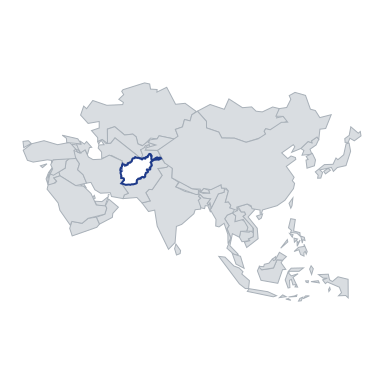 Afghanistan highlighted on a map of Asia
{"feature_id": "AFG", "entity_name": "Afghanistan", "entity_type": "country or territory", "adm_level": 0, "iso_a3": "AFG", "parent_name": "Asia", "parent_adm1": "", "projection": "mercator", "projection_center": [67.565, 33.924], "detail": "fine", "context": "in_parent", "style": "outline", "palette": "blue", "viewbox_px": 384, "rotation_deg": 0, "n_neighbors": 45, "source": "natural_earth", "source_scale": "50m", "svg_char_len": 16900}
<svg xmlns="http://www.w3.org/2000/svg" viewBox="0 0 384 384"><path d="M196.3,111.5L191.8,114.8L190.1,120.9L184.5,119.5L182.5,126.9L175.4,129.4L178.0,136.2L176.2,139.4L159.1,135.8L157.1,138.9L150.6,138.1L143.3,145.8L137.9,143.9L136.2,136.9L132.8,134.1L124.6,135.0L114.7,126.7L107.4,129.1L107.5,143.4L102.2,139.5L97.7,141.6L97.7,137.7L91.5,130.6L99.2,128.0L99.2,121.5L88.1,123.4L80.6,115.1L83.7,106.1L86.6,108.7L92.8,100.5L106.8,105.3L122.7,104.6L123.4,102.4L118.8,99.3L123.7,94.6L121.7,91.3L123.0,89.7L144.6,82.9L149.7,84.0L150.5,89.1L157.1,89.5L156.9,92.1L166.7,87.3L175.6,104.3L185.1,103.3L196.3,111.5Z" fill="#d9dde1" stroke="#a8b0b8" stroke-width="1"/><path d="M107.5,143.4L107.4,129.1L114.7,126.7L124.6,135.0L132.8,134.1L136.2,136.9L137.9,143.9L142.3,145.8L149.9,139.8L148.4,142.6L155.9,145.0L152.2,147.7L148.9,147.5L149.1,144.7L145.3,145.6L143.1,150.0L140.7,149.8L142.7,155.0L141.1,158.6L115.0,137.9L110.7,143.3L107.5,143.4Z" fill="#d9dde1" stroke="#a8b0b8" stroke-width="1"/><path d="M348.1,279.3L348.2,297.9L345.7,295.5L338.5,295.8L341.5,292.7L339.4,287.2L327.3,282.0L325.4,283.6L322.6,279.9L327.4,278.2L323.3,278.2L318.5,274.6L328.3,274.2L329.5,279.8L332.4,281.5L338.0,276.8L348.1,279.3ZM302.7,297.2L301.2,300.8L298.5,301.1L299.9,298.4L302.7,297.2ZM328.9,291.5L328.6,289.4L329.7,287.4L330.3,289.6L328.9,291.5ZM282.7,260.2L281.1,262.8L285.8,269.4L282.5,269.7L277.8,283.3L261.0,280.3L257.4,270.8L259.4,266.3L261.8,269.8L271.2,268.5L273.5,267.9L277.0,259.8L282.7,260.2ZM311.0,281.6L318.3,280.7L319.3,282.9L311.0,281.6ZM308.1,282.7L306.2,282.2L305.6,280.9L308.5,280.8L308.1,282.7ZM311.1,265.8L313.3,268.7L311.6,274.5L309.6,269.1L311.1,265.8ZM291.2,268.2L303.5,267.9L299.1,271.3L289.2,271.3L288.8,273.4L291.3,275.9L298.1,273.7L293.0,277.3L297.6,287.1L295.0,286.9L296.4,284.6L292.9,284.9L291.4,279.4L289.5,280.3L289.9,287.6L288.1,288.0L285.2,279.9L288.2,271.5L291.2,268.2ZM290.9,300.3L285.8,299.1L288.4,298.6L290.9,300.3ZM288.5,297.0L294.4,296.0L296.9,294.9L296.5,296.5L288.5,297.0ZM282.7,294.9L286.2,296.7L279.5,297.6L282.7,294.9ZM249.2,288.7L267.8,291.7L276.5,295.7L273.3,296.8L247.3,291.4L249.2,288.7ZM241.8,274.0L249.4,280.6L248.6,288.5L245.4,288.6L239.4,283.9L218.8,256.4L225.0,257.1L233.9,266.0L239.2,268.0L243.0,271.7L241.8,274.0Z" fill="#d9dde1" stroke="#a8b0b8" stroke-width="1"/><path d="M303.1,298.7L305.5,295.9L309.4,295.8L303.1,298.7Z" fill="#d9dde1" stroke="#a8b0b8" stroke-width="1"/><path d="M50.5,172.0L48.1,176.7L48.0,184.5L46.1,178.9L48.5,172.7L50.5,172.0Z" fill="#d9dde1" stroke="#a8b0b8" stroke-width="1"/><path d="M52.7,168.9L48.5,172.6L52.3,167.5L52.7,168.9Z" fill="#d9dde1" stroke="#a8b0b8" stroke-width="1"/><path d="M49.7,175.0L48.0,178.4L48.7,174.5L49.7,175.0Z" fill="#d9dde1" stroke="#a8b0b8" stroke-width="1"/><path d="M49.7,175.0L58.9,171.7L60.0,175.8L53.8,177.9L56.7,181.2L51.2,185.5L48.0,184.5L49.7,175.0Z" fill="#d9dde1" stroke="#a8b0b8" stroke-width="1"/><path d="M95.1,201.2L102.0,201.6L108.3,196.6L104.8,206.6L96.3,205.0L95.1,201.2Z" fill="#d9dde1" stroke="#a8b0b8" stroke-width="1"/><path d="M92.9,199.6L92.7,197.3L94.3,195.4L95.2,198.2L92.9,199.6Z" fill="#d9dde1" stroke="#a8b0b8" stroke-width="1"/><path d="M83.0,182.7L86.1,187.6L80.9,185.8L83.0,182.7Z" fill="#d9dde1" stroke="#a8b0b8" stroke-width="1"/><path d="M60.0,175.8L58.9,171.7L65.2,168.1L66.0,161.4L70.2,157.8L75.8,158.5L79.5,163.8L77.6,169.7L83.1,174.7L86.6,183.1L75.6,185.6L60.0,175.8Z" fill="#d9dde1" stroke="#a8b0b8" stroke-width="1"/><path d="M105.4,205.9L108.7,199.1L118.4,207.2L112.8,213.4L112.4,217.3L99.4,224.2L96.3,217.2L104.8,214.2L106.7,208.1L105.4,205.9ZM109.0,194.7L107.8,195.5L108.6,194.5L109.0,194.7Z" fill="#d9dde1" stroke="#a8b0b8" stroke-width="1"/><path d="M239.4,237.2L240.6,231.3L249.2,232.3L250.5,230.3L253.6,233.3L253.3,236.8L248.5,239.0L249.8,240.7L242.0,241.7L239.4,237.2Z" fill="#d9dde1" stroke="#a8b0b8" stroke-width="1"/><path d="M246.9,231.1L240.6,231.3L239.4,237.2L232.4,233.7L229.9,245.7L238.2,254.3L235.4,255.8L226.9,248.2L230.9,238.1L227.0,228.7L229.0,225.6L224.7,218.8L227.2,215.1L232.4,212.9L235.7,215.8L235.1,221.6L241.1,219.2L245.4,221.9L247.9,227.3L246.9,231.1Z" fill="#d9dde1" stroke="#a8b0b8" stroke-width="1"/><path d="M253.0,231.3L246.9,231.1L247.9,227.3L243.3,219.4L235.1,221.6L235.7,215.8L232.4,212.9L237.2,210.6L236.8,207.1L241.2,211.9L244.6,211.9L245.7,214.5L243.1,216.4L252.8,226.3L253.0,231.3Z" fill="#d9dde1" stroke="#a8b0b8" stroke-width="1"/><path d="M232.4,212.9L227.2,215.1L224.7,218.8L229.0,225.6L227.0,228.7L230.9,238.1L228.0,243.7L227.9,234.5L224.1,223.3L219.0,226.9L215.7,226.0L216.0,219.5L210.3,209.7L218.3,193.9L224.0,192.3L224.5,188.5L228.4,190.9L225.3,202.3L228.3,201.8L230.8,205.2L229.9,207.8L235.3,208.6L232.4,212.9Z" fill="#d9dde1" stroke="#a8b0b8" stroke-width="1"/><path d="M244.4,242.1L249.8,240.7L248.5,239.0L253.3,236.8L253.5,228.4L243.1,216.4L245.7,214.5L244.6,211.9L241.2,211.9L238.2,206.7L247.2,204.0L254.9,209.5L248.1,217.0L257.2,228.2L258.1,238.7L246.7,247.5L244.4,242.1Z" fill="#d9dde1" stroke="#a8b0b8" stroke-width="1"/><path d="M318.8,139.3L316.1,145.0L310.0,149.2L311.9,154.2L302.0,155.2L303.9,150.5L300.8,148.5L303.1,146.2L308.1,141.5L311.9,142.8L311.5,140.8L317.0,137.0L318.8,139.3Z" fill="#d9dde1" stroke="#a8b0b8" stroke-width="1"/><path d="M306.2,156.4L312.3,153.3L315.5,159.9L314.4,165.8L307.0,168.2L306.0,160.1L308.1,159.5L306.2,156.4Z" fill="#d9dde1" stroke="#a8b0b8" stroke-width="1"/><path d="M197.4,111.2L210.1,104.5L224.3,109.3L228.9,98.9L242.5,107.7L251.6,106.9L256.1,111.2L262.3,111.9L272.7,107.0L279.3,108.6L276.6,117.9L283.2,116.4L288.0,120.7L270.2,129.8L265.7,128.7L264.2,131.2L265.6,134.0L261.6,137.4L246.1,142.3L234.5,138.2L221.8,138.0L218.8,132.1L206.5,127.9L206.5,121.4L197.4,111.2Z" fill="#d9dde1" stroke="#a8b0b8" stroke-width="1"/><path d="M224.5,188.5L224.0,192.3L218.3,193.9L211.4,208.0L209.9,203.1L208.6,205.1L207.1,203.5L210.5,198.9L203.6,198.0L199.7,194.3L198.7,196.5L200.8,198.1L198.4,200.4L200.1,201.2L200.7,209.1L195.2,209.7L193.9,213.7L181.7,224.4L176.4,226.4L175.1,242.5L168.5,249.3L157.2,226.1L154.7,210.1L148.5,211.5L142.0,202.9L150.2,200.9L145.8,192.7L149.0,189.4L152.2,189.6L162.1,175.4L157.8,168.5L166.7,167.3L169.4,164.4L172.4,168.4L171.9,177.9L178.6,182.3L175.8,186.8L184.9,191.4L198.3,194.4L200.2,189.1L200.5,192.2L203.1,193.4L209.6,193.1L208.6,190.1L221.1,184.7L221.5,188.0L224.5,188.5Z" fill="#d9dde1" stroke="#a8b0b8" stroke-width="1"/><path d="M209.9,203.1L210.5,212.2L207.8,205.8L205.2,205.7L204.6,208.6L201.1,207.9L198.4,200.4L200.8,198.1L198.7,196.5L199.7,194.3L203.6,198.0L210.5,198.9L207.1,203.5L208.6,205.1L209.9,203.1Z" fill="#d9dde1" stroke="#a8b0b8" stroke-width="1"/><path d="M208.6,190.1L209.6,193.1L200.5,192.2L203.8,188.4L208.6,190.1Z" fill="#d9dde1" stroke="#a8b0b8" stroke-width="1"/><path d="M198.5,189.8L198.3,194.4L196.0,194.5L175.8,186.8L179.8,181.5L192.0,188.7L198.5,189.8Z" fill="#d9dde1" stroke="#a8b0b8" stroke-width="1"/><path d="M169.4,164.4L166.7,167.3L157.8,168.5L162.1,175.4L152.2,189.6L149.0,189.4L145.8,192.7L150.2,200.9L142.0,202.9L136.9,197.5L123.1,198.6L124.2,195.0L128.3,193.3L121.4,183.5L126.1,185.1L136.9,183.3L138.5,178.6L145.3,176.6L152.4,160.8L161.8,158.6L164.7,163.0L169.4,164.4Z" fill="#d9dde1" stroke="#a8b0b8" stroke-width="1"/><path d="M141.1,158.6L142.7,155.0L140.7,149.8L149.1,144.7L150.1,147.4L145.7,150.0L157.6,150.4L161.3,157.6L152.4,160.0L149.5,153.8L144.9,158.6L141.1,158.6Z" fill="#d9dde1" stroke="#a8b0b8" stroke-width="1"/><path d="M149.9,139.8L157.1,138.9L159.1,135.8L176.2,139.4L157.6,150.4L145.7,150.0L146.0,147.9L155.9,145.0L148.4,142.6L149.9,139.8Z" fill="#d9dde1" stroke="#a8b0b8" stroke-width="1"/><path d="M97.7,141.6L102.2,139.5L106.1,143.6L110.7,143.3L115.0,137.9L137.4,155.6L137.4,157.8L135.2,156.8L125.2,165.2L122.3,163.9L122.1,160.9L111.4,155.4L101.7,158.4L101.6,152.1L98.2,148.1L98.9,145.0L104.0,144.7L101.1,140.3L98.6,144.0L97.7,141.6Z" fill="#d9dde1" stroke="#a8b0b8" stroke-width="1"/><path d="M86.6,183.1L83.1,174.7L77.6,169.7L79.5,163.8L74.3,155.7L73.9,150.4L79.7,152.9L85.1,149.8L88.4,157.0L93.0,159.6L101.4,159.2L109.3,155.1L122.1,160.9L120.4,173.0L124.0,180.5L121.4,183.5L128.3,193.3L124.2,195.0L123.1,198.6L111.5,196.5L110.3,192.7L100.5,193.2L94.9,189.8L90.9,182.4L86.6,183.1Z" fill="#d9dde1" stroke="#a8b0b8" stroke-width="1"/><path d="M50.2,173.9L52.7,168.9L50.7,164.7L53.1,159.8L69.0,158.3L66.0,161.4L65.2,168.1L53.4,175.3L50.2,173.9Z" fill="#d9dde1" stroke="#a8b0b8" stroke-width="1"/><path d="M80.7,152.8L72.7,147.3L72.5,144.2L78.1,145.3L80.7,152.8Z" fill="#d9dde1" stroke="#a8b0b8" stroke-width="1"/><path d="M75.8,158.5L53.1,159.8L51.4,163.3L51.5,160.4L47.4,159.8L33.2,162.1L27.4,160.3L23.2,150.2L31.9,143.7L44.0,140.7L57.6,144.7L69.7,142.4L75.9,149.3L73.9,150.4L75.8,158.5ZM23.0,141.4L28.4,140.7L31.2,143.4L23.7,147.7L23.0,141.4Z" fill="#d9dde1" stroke="#a8b0b8" stroke-width="1"/><path d="M180.6,250.6L180.1,253.6L176.5,255.0L174.6,248.7L175.9,244.0L180.6,250.6Z" fill="#d9dde1" stroke="#a8b0b8" stroke-width="1"/><path d="M258.9,219.6L256.5,216.1L262.6,213.9L261.3,218.1L258.9,219.6ZM157.6,150.4L178.0,136.2L175.4,129.4L182.5,126.9L184.5,119.5L190.1,120.9L191.8,114.8L197.4,111.2L206.5,121.4L206.5,127.9L218.8,132.1L221.8,138.0L234.5,138.2L246.1,142.3L258.2,138.8L265.6,134.0L264.2,131.2L265.7,128.7L270.2,129.8L281.4,122.3L287.7,122.2L283.2,116.4L275.9,116.2L279.3,108.6L286.7,107.5L290.8,99.3L289.2,95.6L295.0,92.4L305.5,95.4L310.4,109.2L315.3,110.5L319.8,117.6L331.2,114.7L325.7,128.5L319.9,129.2L318.8,139.3L317.0,137.0L311.5,140.8L311.9,142.8L308.1,141.5L300.8,148.5L291.7,152.3L294.8,146.7L293.3,144.7L281.7,152.9L287.8,158.6L291.0,156.0L295.4,157.5L295.8,159.4L286.3,166.4L294.1,177.3L292.3,180.7L294.6,183.4L293.5,188.6L284.9,200.3L277.1,205.7L262.6,209.9L261.6,213.1L260.1,213.3L260.0,210.0L252.0,208.7L251.1,205.7L247.2,204.0L236.8,207.1L237.2,210.6L229.9,207.8L230.8,205.2L228.3,201.8L225.3,202.3L228.4,190.9L226.2,188.3L221.5,188.0L221.1,184.7L210.9,189.7L203.8,188.4L200.4,191.6L200.2,189.1L192.0,188.7L171.9,177.9L172.4,168.4L164.7,163.0L157.6,150.4Z" fill="#d9dde1" stroke="#a8b0b8" stroke-width="1"/><path d="M292.9,197.9L292.0,205.7L290.8,208.2L289.0,203.3L292.9,197.9Z" fill="#d9dde1" stroke="#a8b0b8" stroke-width="1"/><path d="M80.4,141.3L84.4,144.0L86.6,141.5L91.7,147.3L89.4,147.6L87.5,154.4L85.1,149.8L80.7,152.8L78.2,148.6L76.4,143.6L80.7,144.3L80.4,141.3ZM79.7,152.9L77.8,152.4L75.9,149.3L78.6,150.2L79.7,152.9Z" fill="#d9dde1" stroke="#a8b0b8" stroke-width="1"/><path d="M62.2,135.2L77.8,138.8L81.1,143.9L66.7,142.5L66.4,138.3L62.2,135.2Z" fill="#d9dde1" stroke="#a8b0b8" stroke-width="1"/><path d="M292.3,237.2L289.6,233.5L293.0,234.6L292.3,237.2ZM297.2,246.3L297.0,241.0L298.1,242.7L300.2,240.0L297.2,246.3ZM304.0,244.2L307.2,251.6L306.2,254.2L305.2,251.3L303.9,252.7L304.0,256.1L300.6,254.5L298.9,249.7L294.1,251.5L298.6,247.3L304.2,246.4L304.0,244.2ZM287.8,241.9L280.7,248.2L287.3,239.6L287.8,241.9ZM295.3,219.5L293.6,231.0L299.9,232.6L300.2,236.2L297.0,233.2L290.5,232.4L291.5,230.4L288.5,227.8L290.7,218.7L295.3,219.5ZM294.4,242.2L294.0,238.1L297.5,239.0L294.4,242.2ZM304.3,237.3L305.0,240.5L302.9,239.7L302.3,243.1L300.8,236.1L304.3,237.3Z" fill="#d9dde1" stroke="#a8b0b8" stroke-width="1"/><path d="M232.3,253.6L240.5,256.3L244.1,268.3L236.0,264.1L232.3,253.6ZM282.7,260.2L277.0,259.8L273.5,267.9L261.8,269.8L259.9,268.2L259.4,266.3L263.7,266.7L264.3,264.3L268.9,263.2L272.3,259.1L275.5,259.7L279.4,252.3L286.4,256.6L282.7,260.2Z" fill="#d9dde1" stroke="#a8b0b8" stroke-width="1"/><path d="M275.8,256.5L275.5,259.7L273.6,260.6L272.3,259.1L275.8,256.5Z" fill="#d9dde1" stroke="#a8b0b8" stroke-width="1"/><path d="M350.6,151.3L346.0,165.6L337.4,167.5L333.4,171.4L331.4,167.5L319.8,169.9L322.6,172.4L320.8,178.1L317.6,178.2L318.2,175.2L315.3,171.9L324.4,164.6L333.0,164.3L336.0,158.0L337.9,159.7L343.7,154.8L346.1,143.8L349.1,143.1L350.6,151.3ZM358.3,133.2L360.3,131.5L361.0,135.9L354.3,140.8L349.8,138.2L348.3,142.3L345.1,142.4L344.8,138.6L349.2,135.4L350.8,126.8L358.3,133.2ZM323.7,171.4L328.0,168.3L330.5,170.2L325.5,173.9L323.7,171.4Z" fill="#d9dde1" stroke="#a8b0b8" stroke-width="1"/><path d="M96.3,217.2L99.4,224.2L96.8,227.3L72.2,235.9L69.7,228.4L71.9,221.4L82.1,223.3L88.1,218.3L96.3,217.2Z" fill="#d9dde1" stroke="#a8b0b8" stroke-width="1"/><path d="M48.1,185.0L55.3,182.9L56.7,181.2L53.8,177.9L60.0,175.8L75.6,185.6L83.4,186.1L91.0,193.5L96.3,205.0L105.4,205.9L106.7,208.1L104.8,214.2L88.1,218.3L82.1,223.3L71.9,221.4L70.2,225.1L59.9,210.3L58.1,202.9L47.1,189.2L48.1,185.0Z" fill="#d9dde1" stroke="#a8b0b8" stroke-width="1"/><path d="M47.0,163.8L42.5,167.6L40.4,165.8L47.0,163.8Z" fill="#d9dde1" stroke="#a8b0b8" stroke-width="1"/><path d="M137.4,157.9L138.2,157.8L138.9,157.9L139.3,158.3L139.6,158.4L140.0,158.2L140.3,158.3L140.7,158.3L140.9,158.4L140.9,158.5L141.1,158.9L141.4,159.2L141.7,159.3L142.1,159.0L142.3,159.1L142.4,158.8L142.6,158.6L143.1,158.5L143.4,158.3L143.4,158.2L143.6,158.2L143.8,158.2L144.0,158.0L144.1,157.9L144.3,158.0L144.5,158.2L144.9,158.6L145.1,158.7L145.4,158.6L145.6,158.4L145.6,158.1L145.5,157.7L145.6,157.4L145.8,157.2L146.1,157.0L146.7,157.0L147.0,157.0L147.3,157.2L147.5,157.2L147.9,156.8L147.9,156.4L147.8,156.0L147.8,155.8L148.1,155.6L148.4,155.3L148.7,154.9L149.0,154.3L149.3,154.0L149.7,153.9L150.2,154.0L150.8,154.4L151.0,154.9L150.8,155.5L150.8,155.8L151.1,155.9L151.4,155.8L151.6,155.8L151.7,156.0L151.6,156.3L151.5,157.0L151.4,157.6L151.3,158.2L151.3,158.7L151.4,159.1L151.5,159.7L151.7,160.1L151.9,160.2L152.1,160.2L152.3,160.2L152.7,159.9L153.3,159.5L153.9,159.2L154.7,159.0L155.0,158.5L155.4,158.2L156.3,157.7L156.8,157.5L157.1,157.4L157.4,157.5L157.5,157.6L157.8,157.8L157.7,157.9L157.5,158.1L157.5,158.3L157.8,158.3L158.4,158.1L158.7,158.0L159.0,157.9L159.3,157.6L159.5,157.6L159.8,157.7L160.0,157.8L160.4,157.7L160.6,157.9L160.9,158.1L161.0,158.3L160.9,158.3L160.7,158.2L160.4,158.2L160.1,158.3L159.6,158.6L159.9,158.9L160.0,159.0L159.7,159.2L159.1,159.5L158.6,159.7L158.3,159.6L157.9,159.5L156.9,159.5L156.0,159.6L155.7,159.6L155.0,159.7L154.6,159.7L154.4,159.8L154.1,159.9L153.8,160.0L153.6,160.1L153.3,160.2L153.1,160.4L152.6,160.8L152.4,160.9L152.2,161.1L151.8,161.1L151.6,161.3L151.3,161.6L150.9,162.0L150.7,162.2L150.6,162.5L151.0,162.9L151.2,163.1L151.4,163.6L151.5,164.0L151.7,164.5L151.7,164.8L151.6,165.0L151.7,165.3L151.8,165.4L151.8,165.5L151.7,165.6L151.6,165.8L151.3,166.2L151.1,166.4L150.9,166.6L150.7,166.9L150.4,167.2L150.2,167.5L149.9,167.7L150.0,167.9L150.1,168.1L150.3,168.3L150.3,168.6L150.3,168.9L150.3,169.1L150.2,169.4L149.6,169.6L149.1,169.7L148.4,169.7L148.1,169.7L147.9,169.6L147.2,169.4L146.9,169.5L146.8,169.9L147.4,170.5L147.6,170.8L147.8,171.4L148.0,171.7L147.9,172.0L147.5,172.3L147.0,172.6L146.4,172.6L146.0,172.7L145.8,172.9L145.7,173.5L145.5,174.0L145.4,174.3L145.2,174.5L145.1,174.8L145.1,175.5L145.2,176.5L144.9,176.8L144.6,177.2L144.3,177.4L144.0,177.5L143.8,177.5L143.6,177.3L143.5,177.1L143.2,177.0L142.8,177.1L142.5,177.1L142.2,176.9L142.0,177.0L141.9,177.1L141.6,177.4L140.8,177.8L140.5,177.8L140.4,177.9L140.4,178.1L140.6,178.3L140.8,178.4L140.8,178.5L140.6,178.6L140.4,178.7L140.0,178.8L139.5,178.9L139.0,178.8L138.8,178.6L138.5,178.6L138.2,178.7L138.0,179.0L137.7,179.5L137.3,179.7L137.0,179.9L136.9,180.3L136.7,180.9L136.7,181.3L136.8,181.8L136.7,182.3L136.6,182.5L136.6,182.8L136.8,183.0L136.7,183.2L136.5,183.3L136.4,183.4L135.8,183.6L134.9,183.9L134.4,184.0L133.6,184.3L133.3,184.3L132.8,184.4L132.6,184.3L132.2,184.3L131.7,184.3L131.3,184.4L131.0,184.5L130.7,184.7L130.6,184.8L130.1,184.8L129.0,184.5L125.9,184.8L125.6,184.8L124.6,184.4L123.2,184.0L122.4,183.7L121.3,183.4L122.0,182.5L122.7,181.7L123.3,180.9L124.0,180.2L124.0,179.9L124.0,179.4L123.9,178.7L123.6,178.3L122.7,178.2L122.1,178.1L121.3,178.0L121.2,178.0L121.2,177.4L121.2,177.2L121.1,176.7L121.1,176.3L121.3,175.7L120.9,174.3L120.7,173.6L120.5,173.0L120.5,172.7L120.9,171.8L121.1,171.7L121.3,171.4L121.5,171.2L121.2,171.1L120.8,171.0L120.5,170.9L120.4,170.8L120.3,170.5L120.4,170.1L120.3,169.2L120.5,168.8L120.7,168.5L121.4,168.5L121.2,168.1L121.1,167.9L121.0,167.7L121.3,167.5L121.5,167.4L121.6,167.1L121.9,166.8L122.0,166.6L121.9,166.4L122.0,166.1L122.1,165.9L122.1,165.6L122.0,165.4L122.0,165.2L122.3,165.0L122.3,164.9L122.4,164.6L122.5,164.3L122.5,164.2L122.7,163.9L122.8,164.1L123.3,164.5L123.5,164.6L123.8,164.7L124.1,164.6L124.4,164.6L124.5,164.6L124.8,164.8L125.2,165.1L125.3,165.2L125.3,165.5L125.7,165.3L125.9,165.2L126.1,165.3L126.3,165.3L126.5,165.2L127.0,164.9L127.3,164.7L127.6,164.6L127.6,164.1L127.7,163.9L127.9,163.8L127.8,163.6L127.7,163.3L127.8,163.2L128.3,163.1L128.9,162.9L129.4,162.8L129.8,162.6L130.1,162.6L130.3,162.6L130.4,162.4L130.5,162.2L130.8,162.1L131.2,161.8L131.7,161.4L131.8,161.1L131.9,160.7L132.1,160.0L132.4,159.2L132.4,158.9L132.5,158.7L132.9,158.4L133.3,158.3L133.9,158.2L134.6,158.2L134.8,157.8L134.9,157.5L135.0,157.3L135.2,157.1L135.6,157.3L136.2,157.6L136.9,157.8L137.2,157.9L137.4,157.9Z" fill="none" stroke="#1e3a8a" stroke-width="2"/></svg>